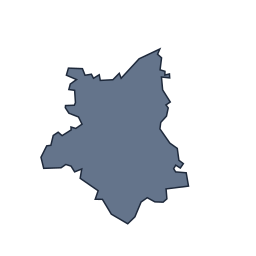 outline of Ilinden, Ilinden, North Macedonia, rotated 118°
{"feature_id": "65306769B96120860372222", "entity_name": "Ilinden", "entity_type": "district", "adm_level": 2, "iso_a3": "MKD", "parent_name": "North Macedonia", "parent_adm1": "Ilinden", "projection": "mercator", "projection_center": [21.621, 41.998], "detail": "fine", "context": "isolated", "style": "filled", "palette": "slate", "viewbox_px": 256, "rotation_deg": 118, "n_neighbors": 0, "source": "geoboundaries", "source_scale": "gbopen_adm2", "svg_char_len": 1064}
<svg xmlns="http://www.w3.org/2000/svg" viewBox="0 0 256 256"><g transform="rotate(118 128 128)"><path d="M150.9,47.3L140.2,55.6L144.4,65.3L142.5,68.6L138.4,68.4L138.8,63.0L133.5,62.4L132.6,67.9L122.9,74.9L121.7,84.0L113.8,99.4L107.7,101.7L99.5,99.6L91.4,101.9L89.8,105.3L85.2,102.9L78.1,115.3L67.3,122.4L64.2,114.7L60.8,116.8L63.9,120.3L60.6,122.0L61.6,127.0L50.3,131.3L49.0,136.5L43.3,137.0L61.7,150.7L87.3,157.4L83.8,161.4L92.5,164.0L99.0,174.8L94.5,178.4L100.3,181.8L97.7,185.6L101.6,190.7L97.0,196.1L103.1,208.7L110.3,207.2L109.4,196.2L116.3,199.6L121.8,198.3L119.8,192.8L130.3,186.3L133.1,186.1L137.5,193.7L139.5,192.9L142.7,187.1L141.5,176.9L146.2,170.4L152.9,173.9L153.9,178.8L156.4,177.3L165.7,182.6L164.5,187.7L169.7,190.5L179.5,188.0L181.9,191.4L194.7,191.1L203.2,183.5L194.5,168.4L189.4,165.8L188.4,160.4L191.8,154.5L185.9,149.6L194.9,146.6L197.4,124.9L206.3,123.5L203.0,117.1L211.9,102.3L212.7,83.3L203.2,80.2L187.2,81.7L180.5,78.3L180.6,69.6L177.0,62.2L172.3,60.4L163.9,65.8L150.9,47.3Z" fill="#64748b" stroke="#1e293b" stroke-width="1.5"/></g></svg>